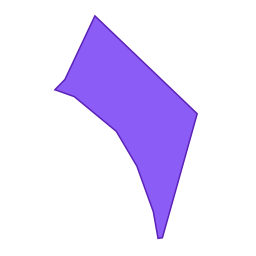 the City of San Fernando, rotated 299°
{"feature_id": "TTO-62", "entity_name": "San Fernando", "entity_type": "City", "adm_level": 1, "iso_a3": "TTO", "parent_name": "Trinidad and Tobago", "parent_adm1": "", "projection": "albers", "projection_center": [-61.466, 10.279], "detail": "fine", "context": "isolated", "style": "filled", "palette": "violet", "viewbox_px": 256, "rotation_deg": 299, "n_neighbors": 0, "source": "natural_earth", "source_scale": "10m", "svg_char_len": 294}
<svg xmlns="http://www.w3.org/2000/svg" viewBox="0 0 256 256"><g transform="rotate(299 128 128)"><path d="M46.0,207.8L67.1,190.7L99.0,154.2L119.4,119.4L129.4,65.7L126.0,45.5L139.9,49.3L210.0,44.7L174.0,181.6L48.7,211.3L46.0,207.8Z" fill="#8b5cf6" stroke="#5b21b6" stroke-width="1.5"/></g></svg>